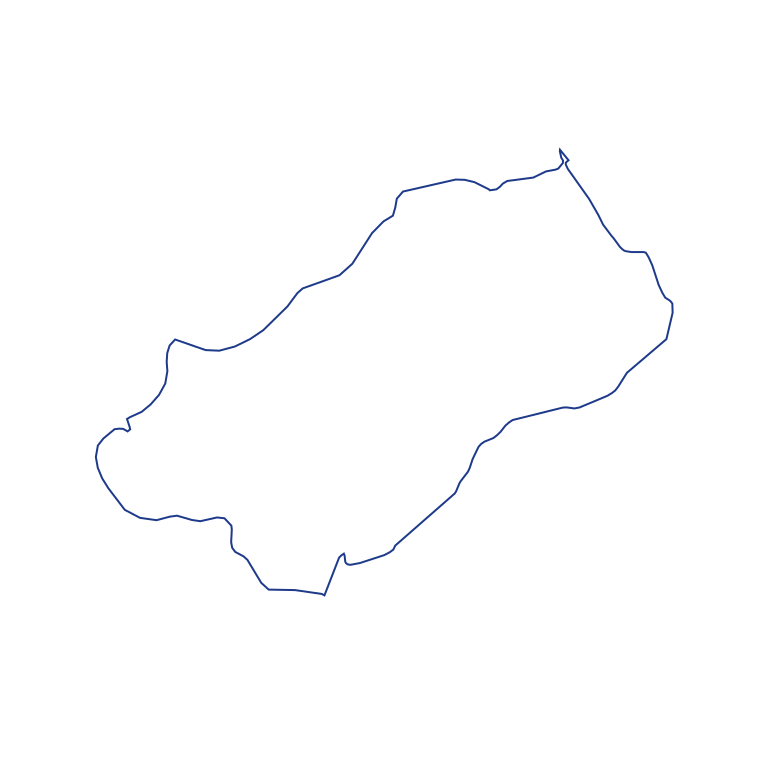 outline of Aoste, rotated 335°
{"feature_id": "ITA-5442", "entity_name": "Aoste", "entity_type": "Province", "adm_level": 1, "iso_a3": "ITA", "parent_name": "Italy", "parent_adm1": "", "projection": "robinson", "projection_center": [7.369, 45.725], "detail": "fine", "context": "isolated", "style": "outline", "palette": "blue", "viewbox_px": 768, "rotation_deg": 335, "n_neighbors": 0, "source": "natural_earth", "source_scale": "10m", "svg_char_len": 1947}
<svg xmlns="http://www.w3.org/2000/svg" viewBox="0 0 768 768"><g transform="rotate(335 384 384)"><path d="M213.5,255.4L236.7,277.9L248.8,284.2L264.7,287.0L281.6,286.7L297.3,284.2L329.3,272.9L343.9,265.0L350.7,263.0L389.6,266.6L406.2,261.6L436.9,242.2L452.3,236.4L463.2,235.2L468.8,228.8L473.9,221.5L482.5,217.6L535.4,229.0L543.5,233.1L551.3,239.3L561.1,251.6L561.8,253.2L568.2,255.1L572.5,254.2L576.4,252.6L581.5,252.1L606.5,260.0L620.7,259.8L630.0,262.2L633.0,262.4L639.5,259.3L640.7,257.1L640.3,253.8L641.8,247.2L642.5,246.1L645.8,259.2L642.3,260.2L641.5,262.0L641.5,266.7L648.1,302.9L649.7,321.5L649.9,332.1L652.7,345.4L653.6,348.6L655.8,359.6L656.9,362.5L658.2,364.8L659.8,366.2L664.2,369.1L675.0,374.1L676.8,375.6L677.4,381.1L677.3,389.8L674.8,410.4L674.8,419.1L675.4,424.7L677.9,428.5L678.8,430.5L679.3,433.0L675.7,441.4L658.9,462.7L608.9,476.5L595.1,485.4L591.0,487.5L587.0,488.5L581.6,489.1L551.3,487.9L546.2,486.6L540.1,482.7L537.9,481.6L535.4,480.8L485.3,471.0L481.1,471.7L476.5,473.0L469.4,476.6L464.7,478.2L460.2,479.2L450.7,478.7L446.6,479.4L443.0,481.0L432.6,489.5L426.4,496.1L423.0,499.0L412.4,504.5L410.5,505.8L403.8,511.9L401.9,513.1L325.9,535.2L322.5,538.0L318.2,538.9L311.9,539.2L286.6,536.1L277.5,533.8L276.0,533.0L274.6,531.8L273.9,530.3L273.8,529.2L273.8,528.6L275.7,523.1L275.9,520.8L273.2,521.2L269.9,522.4L247.9,543.5L240.7,550.4L238.9,548.0L216.3,533.2L192.6,521.6L188.7,512.3L185.9,485.7L183.9,480.9L178.2,473.3L177.2,468.2L178.6,462.8L184.6,451.5L185.8,447.9L182.7,438.3L176.3,434.4L159.5,430.7L152.5,426.1L140.8,415.9L133.8,413.7L120.3,411.3L106.3,402.2L95.9,388.5L90.1,361.9L89.7,358.4L88.7,350.4L89.2,338.9L92.0,328.4L98.6,318.9L106.6,314.8L120.7,311.1L125.2,312.6L128.6,314.4L131.6,318.6L134.8,317.8L135.4,314.9L135.9,310.4L136.3,307.1L139.9,306.7L152.7,306.8L163.8,303.9L175.5,298.8L186.0,291.1L193.1,280.8L196.4,272.1L200.6,264.4L206.0,258.5L213.5,255.4Z" fill="none" stroke="#1e3a8a" stroke-width="2"/></g></svg>